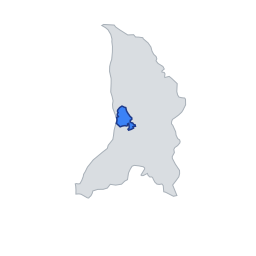 Nisporeni highlighted on a map of Moldova, rotated 33°
{"feature_id": "MDA-1642", "entity_name": "Nisporeni", "entity_type": "District", "adm_level": 1, "iso_a3": "MDA", "parent_name": "Moldova", "parent_adm1": "", "projection": "robinson", "projection_center": [28.24, 47.078], "detail": "fine", "context": "in_parent", "style": "filled", "palette": "blue", "viewbox_px": 256, "rotation_deg": 33, "n_neighbors": 0, "source": "natural_earth", "source_scale": "10m", "svg_char_len": 2639}
<svg xmlns="http://www.w3.org/2000/svg" viewBox="0 0 256 256"><g transform="rotate(33 128 128)"><path d="M50.2,56.3L51.2,54.4L60.3,49.2L62.7,50.0L67.4,50.2L77.1,50.1L81.9,46.7L84.8,47.6L87.2,46.1L91.2,44.2L91.8,44.6L92.3,44.9L98.5,45.7L103.1,47.6L106.2,50.4L109.4,52.2L112.7,52.8L114.5,54.3L114.9,56.4L118.0,57.5L123.8,57.4L126.3,58.8L125.4,61.7L126.0,62.6L128.1,61.7L129.6,62.5L130.5,64.6L131.4,65.6L134.4,62.3L137.5,62.6L145.1,64.0L149.1,70.9L151.7,73.3L153.9,74.3L156.7,73.3L159.2,72.0L160.6,72.6L163.7,77.2L164.4,83.1L164.4,85.5L163.4,89.5L161.8,93.8L160.6,96.6L161.1,98.9L162.2,100.8L164.1,101.4L170.0,105.2L172.2,107.8L175.4,109.8L177.8,109.9L179.1,111.0L179.6,112.3L179.2,115.7L177.9,118.9L178.1,121.0L180.3,123.4L180.5,126.2L180.7,128.0L181.8,129.4L187.3,132.5L194.3,135.5L196.1,138.1L197.2,141.3L196.9,146.8L196.5,151.5L205.8,158.0L204.7,159.1L203.3,160.5L194.5,161.4L192.7,162.0L188.9,157.1L186.9,156.5L185.0,158.3L182.8,159.3L180.1,158.8L177.3,157.3L175.8,156.3L174.7,156.1L172.9,157.2L170.5,156.7L169.0,155.5L166.7,159.6L165.4,160.5L164.5,160.4L164.3,153.4L163.7,152.4L161.9,152.2L157.6,153.9L153.5,156.0L152.2,157.9L152.3,161.3L152.9,165.4L155.7,171.6L154.2,174.3L153.2,178.6L148.8,182.6L143.8,184.9L143.4,189.6L140.7,192.8L136.0,196.0L132.8,199.9L133.6,202.5L133.8,205.1L133.3,206.8L133.2,208.1L131.9,208.7L124.7,209.1L122.7,210.0L120.3,211.8L118.1,208.3L115.8,205.2L114.2,203.6L114.9,202.8L116.7,202.0L118.0,200.9L117.8,197.3L116.9,193.1L116.0,191.0L115.9,187.9L115.3,182.9L116.2,173.7L119.8,162.1L121.8,156.4L120.8,153.3L121.5,145.9L120.0,142.3L117.6,137.5L114.1,127.2L109.8,123.6L104.5,119.7L102.2,116.7L100.7,113.4L97.5,110.2L93.9,107.2L89.5,99.7L87.3,96.3L86.6,95.4L81.7,90.6L79.1,86.3L77.8,82.7L77.0,79.4L73.6,72.9L70.5,68.0L67.5,64.5L66.1,62.1L62.6,58.9L57.7,56.5L54.4,56.1L50.2,56.3Z" fill="#d9dde1" stroke="#a8b0b8" stroke-width="1"/><path d="M115.6,130.4L115.5,129.6L114.6,127.6L114.0,126.6L112.6,125.2L113.2,124.6L113.8,123.7L113.0,123.3L111.9,123.1L111.4,121.9L111.4,121.2L111.3,120.4L110.9,120.3L110.6,120.2L109.9,119.5L109.6,118.3L109.9,115.4L111.0,112.9L112.2,112.7L113.5,112.6L115.0,112.1L117.5,114.5L120.5,116.0L121.7,116.4L123.0,117.0L124.2,117.3L125.4,117.3L126.0,117.9L126.5,118.7L126.2,119.5L125.7,120.2L126.4,121.6L127.8,121.8L128.6,121.4L129.5,121.3L130.2,121.7L131.0,121.9L132.3,121.5L133.3,122.5L132.9,122.9L132.5,123.3L131.9,123.6L131.4,124.2L132.7,125.1L131.5,127.3L129.7,129.5L128.6,129.0L129.0,127.5L128.4,126.4L126.1,123.7L125.4,124.8L125.8,125.5L126.2,126.4L125.4,127.3L124.3,127.5L122.3,129.3L120.8,131.3L116.0,130.5L115.6,130.4Z" fill="#3b82f6" stroke="#1e3a8a" stroke-width="1.5"/></g></svg>